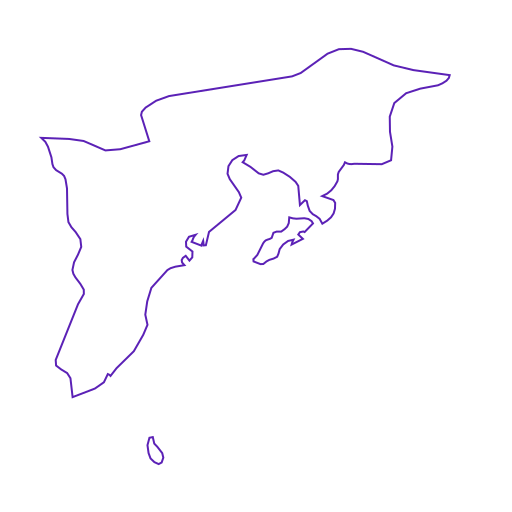 Samar, orthographic projection, rotated 265°
{"feature_id": "PHL-2584", "entity_name": "Samar", "entity_type": "Province", "adm_level": 1, "iso_a3": "PHL", "parent_name": "Philippines", "parent_adm1": "", "projection": "orthographic", "projection_center": [124.838, 11.713], "detail": "fine", "context": "isolated", "style": "outline", "palette": "violet", "viewbox_px": 512, "rotation_deg": 265, "n_neighbors": 0, "source": "natural_earth", "source_scale": "10m", "svg_char_len": 2612}
<svg xmlns="http://www.w3.org/2000/svg" viewBox="0 0 512 512"><g transform="rotate(265 256 256)"><path d="M419.3,464.7L416.5,463.6L414.0,461.0L411.8,456.8L410.2,452.2L408.4,434.2L405.1,419.8L396.3,407.1L383.2,401.4L368.1,400.3L353.1,401.4L339.6,398.9L336.5,389.3L339.3,362.0L339.2,359.2L339.5,357.0L340.2,355.0L341.6,352.8L339.0,351.4L332.5,345.7L330.1,344.7L325.4,344.3L323.3,343.6L318.7,340.4L314.9,336.7L311.9,332.3L309.9,327.2L305.0,338.0L302.0,339.5L296.2,338.8L291.6,337.0L288.0,334.1L285.0,330.0L282.4,324.9L287.5,322.6L290.4,319.5L292.7,316.2L296.2,313.4L301.6,312.0L306.2,311.4L307.3,309.6L302.9,304.2L322.2,304.2L326.4,301.9L331.9,296.6L336.7,290.4L339.3,285.7L339.0,280.5L337.3,275.3L336.3,270.4L338.1,265.9L345.3,258.2L350.6,250.9L352.2,252.6L357.5,255.5L357.1,247.4L353.6,240.8L347.9,236.4L340.4,234.8L334.8,236.6L321.1,244.5L315.4,246.4L303.6,239.6L284.1,211.3L271.1,207.0L271.1,204.7L273.4,204.8L275.7,204.7L272.5,203.0L271.1,202.5L275.7,193.1L277.2,194.1L278.9,194.9L280.6,195.9L282.4,197.7L281.0,190.9L276.3,187.5L271.4,187.3L266.0,193.1L260.2,192.4L257.2,189.3L262.3,186.0L260.5,183.0L258.4,181.6L256.0,181.8L253.1,183.9L252.4,174.8L251.3,169.8L249.7,166.5L233.4,149.0L220.3,143.7L207.2,140.6L196.9,141.9L187.3,136.8L171.8,126.0L156.4,107.3L149.2,100.6L150.1,99.9L150.4,99.6L151.3,98.1L143.5,93.5L138.0,84.0L131.4,61.0L150.4,60.5L155.8,57.7L160.0,52.0L164.3,47.3L169.9,47.4L223.5,74.5L233.2,81.2L237.5,81.5L243.5,78.6L250.5,74.2L254.2,72.5L258.1,71.9L265.6,74.2L272.9,78.8L280.3,82.7L288.1,82.5L295.6,78.4L300.8,74.6L306.1,72.1L314.3,71.8L339.8,73.6L349.0,72.9L352.5,71.8L354.9,69.8L359.0,64.3L362.1,62.0L365.3,61.2L372.1,60.8L383.0,58.3L388.1,56.1L392.4,52.4L388.9,80.0L385.6,94.3L374.3,115.2L374.2,130.1L379.6,159.7L406.4,153.8L409.7,154.9L413.5,159.0L419.4,170.1L422.9,183.3L431.8,307.6L434.4,316.5L451.3,344.9L454.8,356.6L454.1,368.7L450.1,380.5L433.9,409.8L427.5,428.9L419.3,464.7ZM278.1,283.2L280.3,286.9L282.5,289.6L285.9,291.5L291.6,292.5L290.3,296.0L289.6,299.6L289.4,307.5L288.3,311.4L285.9,314.4L283.5,315.6L275.6,306.5L276.3,305.3L275.9,301.8L273.7,300.0L269.0,304.2L264.3,292.5L266.7,293.4L269.0,294.8L268.2,289.3L265.1,284.1L260.8,280.2L256.4,278.6L253.4,277.0L251.9,273.3L251.0,269.0L249.7,266.0L247.4,262.6L247.5,259.8L250.8,253.1L253.1,253.1L253.5,253.7L256.9,257.4L268.0,264.2L269.5,265.5L270.7,267.0L271.3,268.9L271.8,271.2L272.7,273.2L277.6,275.4L278.5,278.6L278.1,283.2ZM77.0,131.4L84.2,134.0L84.6,137.4L78.0,138.3L74.5,141.1L67.8,145.4L63.2,146.1L58.5,144.0L57.2,140.9L59.5,136.8L63.5,133.3L69.0,131.8L77.0,131.4Z" fill="none" stroke="#5b21b6" stroke-width="2"/></g></svg>